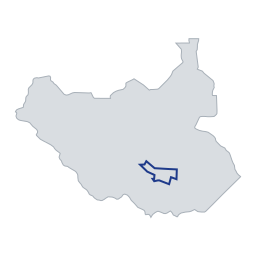 Terekeka, Central Equatoria, South Sudan (highlighted)
{"feature_id": "79223893B10688999436649", "entity_name": "Terekeka", "entity_type": "district", "adm_level": 2, "iso_a3": "SSD", "parent_name": "South Sudan", "parent_adm1": "Central Equatoria", "projection": "mercator", "projection_center": [31.189, 5.687], "detail": "fine", "context": "in_parent", "style": "outline", "palette": "blue", "viewbox_px": 256, "rotation_deg": 0, "n_neighbors": 0, "source": "geoboundaries", "source_scale": "gbopen_adm2", "svg_char_len": 3738}
<svg xmlns="http://www.w3.org/2000/svg" viewBox="0 0 256 256"><path d="M214.5,202.6L206.2,210.9L205.6,211.4L204.6,212.0L201.3,212.0L197.8,211.6L194.6,209.5L191.4,211.1L189.4,211.7L188.1,211.8L185.3,212.1L181.2,213.0L179.4,214.1L178.4,215.0L177.6,216.6L177.2,216.8L176.4,216.6L175.4,215.9L173.3,215.0L172.2,212.9L171.2,211.7L170.3,211.0L166.9,213.1L165.3,213.6L163.9,213.5L161.4,212.4L158.7,211.4L157.3,211.4L155.1,212.6L152.7,214.5L151.5,216.3L150.9,217.4L150.1,215.7L149.3,214.7L148.1,214.3L145.8,214.7L145.2,214.1L145.1,212.7L144.8,211.4L144.2,210.4L142.4,209.4L137.9,207.4L134.4,203.4L132.6,201.6L131.3,200.4L129.5,197.3L127.4,195.1L124.8,194.1L123.2,194.6L121.5,196.9L118.2,199.1L116.7,199.2L114.8,198.0L112.4,197.1L108.1,196.8L106.4,197.8L104.0,199.5L102.1,200.5L100.8,200.6L99.7,200.2L98.4,200.0L97.3,199.9L95.0,198.4L93.8,197.3L93.0,196.2L91.7,195.5L90.2,194.9L89.1,193.9L88.6,192.7L87.7,191.2L86.6,189.8L83.1,187.4L82.0,185.9L81.3,184.5L79.9,182.9L78.3,180.8L77.9,177.7L77.8,175.3L77.5,174.1L76.8,173.0L76.1,172.0L74.8,170.9L72.0,169.3L69.0,167.5L67.6,166.4L64.9,166.0L63.3,165.0L62.0,162.6L61.4,160.8L60.0,159.3L59.5,158.3L59.1,157.1L60.2,153.4L58.7,152.1L56.3,150.4L54.6,148.6L53.6,146.9L50.6,144.7L44.1,141.3L40.3,139.2L38.3,137.2L36.5,135.4L36.3,134.6L37.5,132.7L37.6,131.2L36.7,129.5L32.8,126.3L29.7,122.7L27.3,121.6L21.6,120.6L20.0,120.3L18.3,119.6L16.6,118.0L16.0,116.1L16.8,113.1L16.3,112.2L15.4,111.9L15.6,111.3L16.7,109.8L18.5,108.9L23.2,107.4L23.4,106.8L23.5,104.9L23.9,104.0L25.5,101.4L25.7,100.3L25.8,98.1L26.0,97.1L26.5,96.3L27.8,95.0L28.2,94.2L28.4,92.5L28.3,89.2L28.9,87.8L31.9,84.8L32.7,83.4L33.0,82.2L32.9,80.9L33.1,79.7L34.0,78.5L34.7,78.1L36.9,77.7L38.4,78.0L48.8,75.9L50.0,76.2L50.6,77.4L50.5,79.4L50.7,80.4L51.3,81.0L52.9,82.0L54.0,83.6L54.7,84.1L56.3,85.2L64.1,94.3L66.2,95.1L68.3,94.8L72.5,92.9L74.6,92.5L89.3,93.0L91.0,92.7L91.1,92.8L93.3,97.3L94.4,98.3L110.5,98.4L110.2,97.1L110.4,95.6L113.2,92.9L113.7,92.5L116.1,91.2L118.6,90.3L123.2,89.3L125.0,87.6L125.9,86.1L125.9,83.2L126.5,82.7L127.7,82.0L133.1,79.4L134.0,78.8L143.5,85.0L148.9,89.8L149.2,90.0L149.5,90.1L149.8,90.0L150.0,89.7L150.7,89.5L153.0,89.5L157.3,89.2L158.7,88.7L167.4,80.0L169.7,77.2L170.2,76.6L171.5,74.7L172.8,71.3L173.1,70.9L182.6,62.7L183.0,62.1L183.0,61.6L181.6,58.8L181.3,57.4L181.2,55.3L181.5,51.9L181.4,49.8L181.3,49.2L181.2,49.1L175.9,43.1L189.4,43.0L189.4,42.3L189.3,42.0L189.1,41.3L188.9,40.4L188.9,39.8L189.0,39.3L189.0,39.1L189.0,38.8L189.0,38.7L198.7,38.7L198.6,40.5L197.4,44.5L197.4,46.9L197.2,49.6L196.8,50.4L196.3,51.1L196.2,51.4L196.2,51.7L198.2,67.0L198.0,67.7L197.5,68.6L197.4,68.9L197.3,69.2L197.5,69.3L202.0,71.0L202.4,71.2L204.0,73.2L212.8,80.4L213.1,80.8L214.0,83.1L214.1,83.4L214.1,84.0L214.1,84.4L213.9,85.7L213.9,86.4L214.1,86.8L214.2,87.2L214.2,87.4L214.1,87.7L212.8,90.3L212.4,92.2L212.3,93.8L212.3,94.7L212.5,95.3L212.6,95.5L216.5,95.6L216.5,96.4L217.0,110.1L217.0,111.7L216.9,113.6L216.4,114.4L215.3,115.5L214.0,116.5L210.6,116.7L207.8,116.7L205.7,116.5L203.0,116.4L200.4,116.6L199.4,117.4L196.0,124.7L194.9,126.5L194.7,127.6L195.0,128.2L196.3,129.1L199.3,130.4L202.6,131.2L205.1,131.5L206.9,131.9L208.2,132.3L213.0,135.6L214.5,137.1L215.4,138.5L215.6,139.9L216.2,141.4L220.6,145.9L224.8,148.0L226.3,150.5L227.9,151.6L229.3,152.9L230.1,154.8L231.9,160.2L233.1,163.1L234.4,165.4L234.9,169.3L235.9,170.9L236.9,173.0L238.5,174.9L240.3,176.3L240.6,176.7L222.6,194.4L214.5,202.6Z" fill="#d9dde1" stroke="#a8b0b8" stroke-width="1"/><path d="M176.5,179.2L176.8,169.4L168.3,169.0L154.6,168.2L146.3,161.2L144.5,164.5L140.1,164.7L146.0,170.4L147.2,171.6L154.5,175.0L154.1,178.9L152.6,178.9L154.2,181.2L157.9,180.4L159.3,180.4L169.1,184.2L171.0,177.2L176.5,179.2Z" fill="none" stroke="#1e3a8a" stroke-width="2"/></svg>